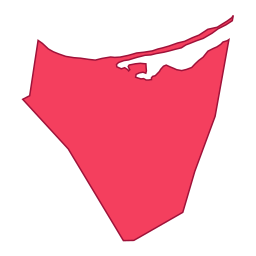 the district of Rummana, Shamal Sina', Egypt
{"feature_id": "37247803B2824633862511", "entity_name": "Rummana", "entity_type": "district", "adm_level": 2, "iso_a3": "EGY", "parent_name": "Egypt", "parent_adm1": "Shamal Sina'", "projection": "albers", "projection_center": [32.731, 30.963], "detail": "fine", "context": "isolated", "style": "filled", "palette": "rose", "viewbox_px": 256, "rotation_deg": 0, "n_neighbors": 0, "source": "geoboundaries", "source_scale": "gbopen_adm2", "svg_char_len": 1378}
<svg xmlns="http://www.w3.org/2000/svg" viewBox="0 0 256 256"><path d="M228.9,39.6L227.2,40.7L223.0,42.0L220.7,44.4L216.9,46.9L213.2,48.5L207.9,51.2L203.1,57.2L198.7,60.5L195.4,63.6L191.7,67.5L186.3,69.5L181.7,70.6L176.7,69.7L173.8,68.4L169.7,66.7L166.2,65.1L163.5,66.2L160.7,69.3L159.5,71.4L155.3,75.7L152.6,76.4L151.4,78.0L151.5,79.6L148.5,80.0L146.1,80.0L143.6,78.6L141.0,78.9L138.0,78.0L135.6,77.2L136.1,74.4L139.3,72.9L143.0,72.2L145.8,73.2L146.4,70.9L146.1,67.3L145.9,63.8L143.3,63.6L140.2,63.3L135.4,63.8L132.8,64.3L129.2,65.0L128.2,66.4L129.0,68.3L129.8,69.7L128.6,70.9L127.6,69.6L124.7,67.7L121.3,68.8L116.8,66.8L116.5,64.5L118.6,62.5L123.8,60.6L128.6,59.9L133.1,58.5L137.1,57.3L145.0,55.3L150.8,54.9L156.0,53.6L163.9,52.2L168.9,51.0L175.2,49.3L181.4,47.8L185.9,44.9L190.1,43.3L196.6,40.7L203.2,38.4L212.1,33.2L217.9,28.9L226.0,24.8L232.3,20.7L233.3,15.4L231.8,17.7L227.1,21.1L222.2,24.1L217.3,27.2L207.8,29.3L199.0,35.1L192.4,37.7L184.7,41.3L177.6,43.0L168.8,46.1L162.5,47.9L157.9,49.0L152.3,50.9L144.0,52.2L136.6,53.0L132.8,54.1L128.2,55.4L120.0,57.1L114.7,57.4L110.6,57.0L102.1,58.4L95.3,60.1L88.8,59.4L80.6,58.2L74.0,57.7L65.8,56.4L58.9,54.0L53.4,51.8L48.4,49.0L42.4,43.4L38.1,40.4L34.6,63.2L29.7,95.7L22.7,99.3L68.5,149.2L68.6,149.5L123.4,240.6L133.8,240.4L182.8,212.3L194.8,171.3L215.1,116.3L228.9,39.6Z" fill="#f43f5e" stroke="#9f1239" stroke-width="1.5"/></svg>